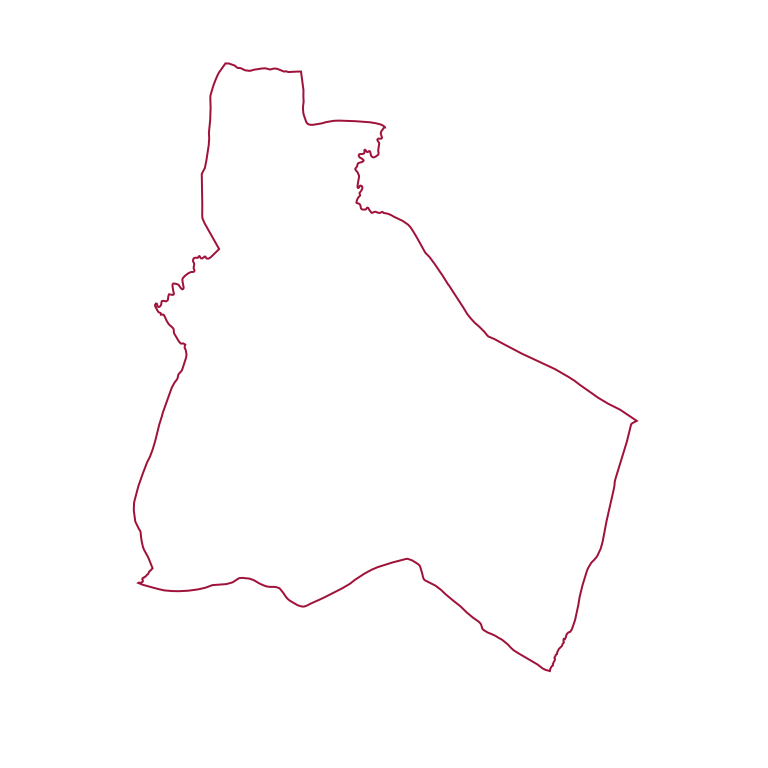 Phayu, Si Sa Ket, Thailand (orthographic projection), rotated 199°
{"feature_id": "78962969B85522874194306", "entity_name": "Phayu", "entity_type": "district", "adm_level": 2, "iso_a3": "THA", "parent_name": "Thailand", "parent_adm1": "Si Sa Ket", "projection": "orthographic", "projection_center": [104.391, 14.901], "detail": "fine", "context": "isolated", "style": "outline", "palette": "rose", "viewbox_px": 768, "rotation_deg": 199, "n_neighbors": 0, "source": "geoboundaries", "source_scale": "gbopen_adm2", "svg_char_len": 6166}
<svg xmlns="http://www.w3.org/2000/svg" viewBox="0 0 768 768"><g transform="rotate(199 384 384)"><path d="M133.7,166.6L134.0,168.0L133.8,170.6L133.4,171.9L132.6,172.9L133.3,174.4L133.0,175.1L133.0,176.7L132.6,177.9L132.6,178.8L132.8,179.6L133.7,180.5L133.7,181.4L133.4,182.4L133.4,183.8L132.5,185.1L132.9,186.4L132.4,190.4L130.5,194.2L130.5,196.3L129.8,198.0L129.9,198.3L130.6,199.3L131.1,201.3L131.0,201.5L130.2,201.3L129.9,201.5L129.6,204.3L129.9,206.2L129.6,207.2L128.9,209.0L127.2,210.4L126.5,213.3L126.5,223.0L128.3,238.2L129.7,246.4L130.8,258.4L131.3,274.0L131.0,276.9L130.0,281.6L129.3,283.7L128.2,285.7L126.8,289.3L126.3,291.3L125.5,298.9L125.9,305.8L128.9,326.5L132.5,359.4L133.1,363.3L134.0,366.6L134.3,370.1L135.6,408.5L137.2,426.4L136.3,428.0L133.0,431.4L152.6,436.6L165.5,438.3L176.9,440.7L198.7,447.0L204.6,449.0L211.1,450.6L226.9,453.7L263.8,457.6L286.4,461.1L293.8,462.4L300.8,462.9L302.5,463.7L305.8,465.9L313.0,469.4L317.9,471.3L323.2,474.2L328.0,477.2L334.0,482.2L354.6,498.3L355.9,499.1L363.7,505.4L375.2,514.0L382.5,519.0L386.8,521.1L388.3,522.1L400.5,533.1L406.2,537.9L409.8,540.7L413.0,542.5L419.5,544.3L429.3,545.4L431.9,546.0L434.8,546.2L436.4,546.2L440.0,545.6L441.5,546.2L442.3,545.7L443.3,544.6L443.9,544.3L445.4,544.0L448.1,544.1L449.3,543.5L450.8,542.0L451.1,541.9L451.5,541.9L452.3,542.3L454.4,543.7L456.0,545.2L456.8,545.4L457.2,545.3L457.5,544.9L457.9,543.4L458.5,542.8L461.1,542.0L461.8,542.0L462.6,542.3L463.2,542.9L464.4,545.1L465.2,545.9L466.1,546.3L468.8,546.3L469.1,546.6L469.3,547.1L469.4,549.1L469.2,551.5L468.0,554.3L468.1,554.9L469.1,556.1L469.3,556.8L468.3,559.8L468.2,561.6L468.5,563.1L469.6,563.9L470.7,564.0L471.2,563.5L471.9,561.1L472.5,560.9L472.9,561.2L473.3,562.0L474.0,565.2L475.1,572.1L475.6,573.0L477.8,575.5L480.5,577.1L481.2,578.0L481.1,578.7L480.4,580.6L480.5,583.0L480.3,584.3L479.7,584.9L477.0,586.8L476.3,587.7L476.0,588.4L476.1,588.9L477.9,589.8L480.8,590.3L482.1,591.5L482.4,592.1L482.2,593.0L481.9,593.4L479.2,594.5L478.2,595.3L477.9,595.8L477.9,596.8L478.7,598.7L478.3,599.3L477.9,599.3L476.5,598.3L475.4,597.8L474.6,598.3L473.9,599.4L473.1,599.4L472.5,598.9L471.2,596.6L470.3,595.5L469.7,595.1L468.5,594.8L467.6,594.9L466.8,595.4L465.5,596.9L464.3,598.6L464.1,599.3L464.3,600.5L465.5,602.9L465.7,603.8L466.8,609.8L467.4,610.6L469.5,612.2L469.8,613.0L469.6,613.7L469.3,614.1L466.6,615.0L466.1,615.6L466.2,616.5L468.5,619.5L468.8,620.8L468.8,622.0L467.6,626.0L467.3,626.6L466.6,626.9L466.9,627.3L468.7,627.9L470.2,628.2L471.9,628.3L476.6,627.9L482.5,626.9L496.5,623.2L512.3,618.4L517.4,616.4L524.1,612.7L527.8,610.1L535.4,606.0L538.1,605.1L540.2,605.0L541.5,605.4L542.9,606.5L547.4,612.2L548.7,614.4L549.8,616.9L550.9,620.0L551.9,624.8L553.7,629.2L555.8,635.6L564.2,652.4L567.9,651.1L575.5,648.0L576.5,647.8L578.6,647.8L579.8,647.0L580.3,646.9L587.0,647.2L588.4,647.1L589.7,646.8L591.2,646.2L594.0,644.3L598.6,643.9L599.8,643.6L602.9,642.2L609.3,638.8L611.5,637.2L613.1,636.3L617.5,635.4L622.3,636.0L625.4,635.2L626.2,635.4L628.8,636.5L635.3,636.5L636.6,636.0L638.3,635.5L641.4,624.9L641.8,622.7L642.3,616.6L642.5,611.0L642.1,601.2L641.8,599.4L640.8,596.4L638.0,589.1L634.3,577.0L631.3,564.4L629.3,559.5L627.5,552.9L624.6,536.8L623.7,530.0L624.7,523.3L614.2,494.4L610.5,483.4L609.5,481.4L605.9,477.5L583.8,457.9L588.9,447.8L590.5,445.6L591.9,445.0L592.8,445.0L594.3,446.2L594.8,446.3L595.2,445.9L596.7,443.6L597.8,443.3L598.5,443.5L599.8,444.7L600.2,444.8L600.6,444.5L600.9,443.3L601.2,442.8L601.8,442.4L603.3,442.1L604.6,441.2L604.9,440.5L604.9,439.8L604.8,438.6L604.3,437.6L603.2,436.6L602.4,435.4L601.9,432.1L601.7,431.5L600.2,429.8L600.1,429.4L600.3,428.3L600.8,427.9L603.0,427.0L605.3,424.7L607.4,421.5L608.6,418.7L608.7,417.5L608.6,417.0L607.6,414.8L604.9,410.1L604.7,409.6L604.8,408.6L605.2,408.0L606.1,407.9L607.7,408.8L610.4,410.8L611.0,411.0L612.7,411.0L615.6,410.6L616.0,410.3L616.3,409.6L616.1,408.3L613.5,403.2L612.1,401.1L612.0,400.3L612.7,399.5L613.5,399.3L615.8,399.0L616.5,398.7L616.5,396.9L615.8,393.6L615.9,392.5L616.7,391.5L617.2,391.1L619.7,390.8L620.9,390.2L621.1,389.3L620.6,387.0L620.6,385.8L621.0,384.5L621.4,383.9L622.3,383.4L623.1,383.6L623.6,383.9L624.6,385.7L625.3,386.0L625.8,385.9L626.0,385.4L626.2,384.0L625.6,382.9L621.3,379.0L620.3,378.5L618.3,378.3L617.7,377.7L617.5,376.9L615.4,377.7L614.7,377.6L613.4,376.5L609.9,372.8L607.4,370.8L605.9,369.9L602.8,368.7L601.8,368.2L600.9,367.5L600.3,366.5L599.5,364.4L598.9,363.5L591.6,357.3L589.3,356.1L588.8,356.2L587.1,357.0L584.7,356.6L584.7,354.8L584.4,353.8L584.1,353.1L582.6,351.7L580.3,347.5L579.7,344.4L579.5,332.5L579.6,331.0L580.0,329.7L581.4,326.6L581.5,325.1L581.1,323.0L581.1,321.4L582.6,316.8L583.5,311.1L583.8,284.8L583.5,280.9L583.3,272.5L581.8,255.9L581.4,246.7L581.6,239.4L582.5,232.7L582.9,221.0L583.0,207.5L581.9,192.5L581.5,189.8L579.4,183.0L574.4,173.0L568.6,167.2L566.7,165.7L565.9,164.7L563.8,160.0L561.5,155.7L558.9,151.5L557.2,149.4L550.2,143.0L542.8,134.4L543.9,132.0L544.9,130.3L545.2,127.4L546.2,126.1L546.8,124.2L547.8,123.4L547.9,122.8L548.8,122.1L549.0,121.8L548.9,120.5L548.2,120.0L547.9,119.5L547.8,118.8L547.9,118.2L549.2,117.0L550.1,116.5L551.1,116.4L551.5,115.9L546.5,115.6L531.4,116.6L524.6,117.3L517.4,119.1L510.8,121.2L501.6,124.9L492.9,129.3L486.6,133.2L480.7,138.0L468.1,143.4L466.9,144.2L462.8,147.0L461.8,148.1L458.3,152.7L457.3,153.5L454.7,154.6L447.8,156.2L443.1,156.1L436.7,154.8L432.4,154.4L428.9,154.4L426.0,155.0L421.6,156.5L419.1,156.9L416.2,156.8L411.2,153.7L407.3,150.7L405.0,149.4L402.6,148.5L393.6,146.7L389.8,146.8L387.3,147.4L384.6,149.5L382.0,152.3L372.0,161.7L356.9,177.3L351.1,184.1L347.7,189.4L340.7,198.4L335.0,204.6L330.2,208.9L317.6,218.2L307.8,224.7L306.1,225.8L304.7,226.4L300.2,226.4L295.9,225.5L293.0,224.7L291.4,224.0L290.6,223.4L285.9,216.9L284.2,214.0L282.6,212.3L281.3,211.7L269.7,210.1L263.3,208.0L257.2,205.2L248.8,202.0L239.4,198.7L231.3,194.9L224.0,192.1L216.7,190.0L215.3,189.2L214.1,188.4L212.7,186.6L211.7,185.1L210.9,184.3L210.0,183.9L205.3,182.8L200.9,182.6L196.8,182.2L193.2,181.3L189.3,180.7L181.7,177.9L178.9,176.3L175.0,174.5L169.5,173.2L147.6,168.8L141.3,166.7L138.2,166.3L133.7,166.6Z" fill="none" stroke="#9f1239" stroke-width="2"/></g></svg>